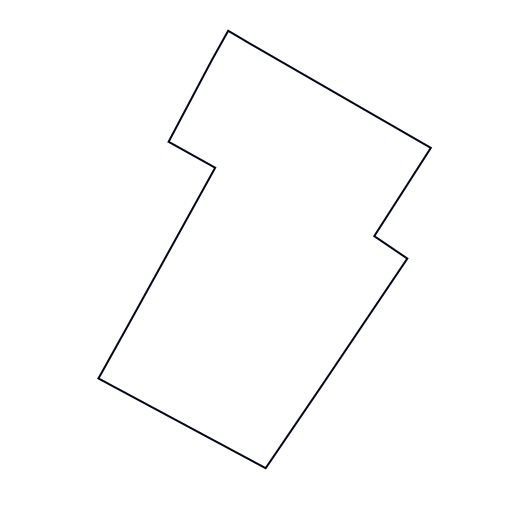 Union, Ohio, United States of America (orthographic projection), rotated 209°
{"feature_id": "52423323B76161760058948", "entity_name": "Union", "entity_type": "district", "adm_level": 2, "iso_a3": "USA", "parent_name": "United States of America", "parent_adm1": "Ohio", "projection": "orthographic", "projection_center": [-83.327, 40.307], "detail": "fine", "context": "isolated", "style": "outline", "palette": "ink", "viewbox_px": 512, "rotation_deg": 209, "n_neighbors": 0, "source": "geoboundaries", "source_scale": "gbopen_adm2", "svg_char_len": 342}
<svg xmlns="http://www.w3.org/2000/svg" viewBox="0 0 512 512"><g transform="rotate(209 256 256)"><path d="M389.6,406.3L387.8,313.5L334.5,313.4L334.3,130.3L334.4,78.0L334.5,72.5L215.8,74.1L144.7,75.1L135.7,173.5L122.4,327.1L162.2,330.7L155.5,435.3L364.2,438.8L389.5,439.5L389.6,406.3Z" fill="none" stroke="#020617" stroke-width="2"/></g></svg>